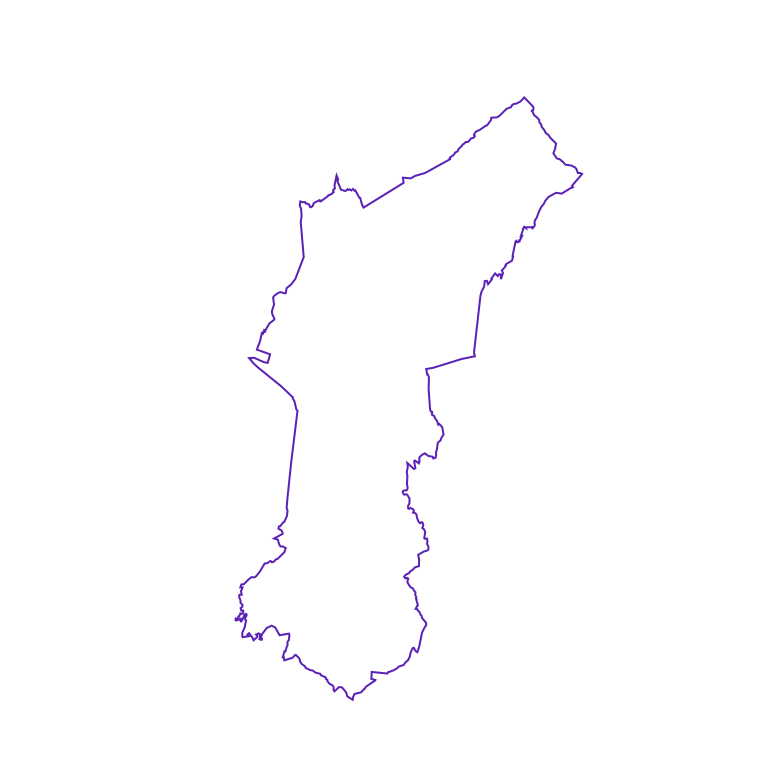 Acatlán, Hidalgo, Mexico (Equal Earth projection), rotated 195°
{"feature_id": "50627088B55512763165299", "entity_name": "Acatlán", "entity_type": "district", "adm_level": 2, "iso_a3": "MEX", "parent_name": "Mexico", "parent_adm1": "Hidalgo", "projection": "equal_earth", "projection_center": [-98.445, 20.205], "detail": "fine", "context": "isolated", "style": "outline", "palette": "violet", "viewbox_px": 768, "rotation_deg": 195, "n_neighbors": 0, "source": "geoboundaries", "source_scale": "gbopen_adm2", "svg_char_len": 6123}
<svg xmlns="http://www.w3.org/2000/svg" viewBox="0 0 768 768"><g transform="rotate(195 384 384)"><path d="M408.7,91.3L401.5,95.9L399.6,99.4L398.9,99.4L395.8,97.7L394.0,96.0L393.2,94.2L390.9,92.2L387.3,90.9L386.2,89.5L380.8,88.5L378.7,88.8L375.5,87.5L370.6,87.6L369.7,86.4L364.3,85.5L363.7,84.0L362.2,83.6L361.7,82.3L359.4,80.5L355.6,79.5L354.2,78.2L353.4,75.1L352.3,74.3L349.0,79.6L346.0,80.1L340.8,76.3L338.5,72.7L332.5,70.9L332.8,73.8L332.2,77.0L326.3,80.3L324.4,84.0L323.9,84.2L323.2,86.8L315.7,95.4L315.7,95.9L319.9,95.8L321.3,102.7L305.9,105.2L305.2,107.1L303.8,107.5L302.8,108.7L301.3,109.3L297.5,113.1L296.8,114.8L292.4,117.6L291.0,121.1L289.3,123.4L288.5,127.8L288.8,131.2L288.0,136.2L287.0,136.9L284.3,134.2L282.4,133.6L282.0,138.8L282.9,153.4L282.0,158.5L280.8,162.2L281.5,164.2L286.6,167.8L287.8,169.9L288.9,170.5L290.8,173.1L292.3,173.7L293.4,175.0L295.2,174.9L294.7,178.0L294.1,178.5L294.3,179.8L296.6,183.2L296.6,184.1L297.7,185.1L297.5,186.2L299.3,188.6L299.7,191.0L301.9,192.5L302.7,193.8L306.2,194.8L309.9,198.3L310.3,199.4L310.1,202.2L311.4,202.7L312.9,201.7L314.7,203.0L313.6,205.5L310.8,207.8L310.4,209.4L307.9,212.4L306.8,214.7L303.1,217.2L304.6,223.4L306.8,227.8L302.4,232.3L298.9,234.5L298.3,235.4L299.0,238.5L301.1,240.8L301.2,242.9L302.4,245.8L304.5,245.1L305.3,245.6L305.8,251.7L308.0,254.2L309.8,254.8L309.4,257.6L311.0,260.2L311.6,260.4L313.1,258.9L314.8,259.8L317.3,263.0L319.0,266.5L320.3,267.3L322.7,267.3L322.3,269.4L323.2,270.5L326.4,271.1L327.4,269.9L328.6,270.2L329.2,272.7L328.5,275.1L329.7,279.9L332.6,282.8L333.9,283.3L335.8,282.3L337.3,283.4L338.0,284.7L337.9,285.6L337.2,286.3L334.7,287.1L334.2,287.9L334.3,289.7L336.0,293.6L337.6,301.3L339.2,304.6L339.5,309.9L341.0,313.8L333.0,309.6L331.9,310.8L334.9,317.1L334.3,318.1L329.8,316.4L330.0,318.5L329.7,318.5L330.8,321.3L330.5,322.9L329.0,325.4L326.6,327.6L322.6,326.0L318.0,326.3L317.2,324.9L315.1,326.1L315.3,329.5L316.2,331.4L315.9,333.3L316.8,341.3L314.9,344.0L314.4,347.6L313.4,350.5L316.6,357.4L320.3,359.7L321.1,358.8L322.9,361.7L326.6,364.9L327.0,366.0L329.7,366.7L330.3,369.4L330.9,369.2L332.7,370.8L339.4,390.0L342.4,402.4L344.4,404.8L344.8,404.5L347.1,409.4L340.8,412.3L315.6,428.2L303.4,434.3L305.2,437.7L313.7,494.4L313.7,498.4L312.5,504.0L313.3,509.5L311.3,510.3L309.3,507.3L306.8,513.1L307.6,513.6L305.3,519.6L302.1,517.7L301.2,520.0L299.5,520.0L298.2,515.5L297.8,522.1L299.6,524.1L297.4,528.3L297.4,530.0L296.8,530.2L297.0,531.5L292.3,536.3L292.3,540.5L292.8,540.5L293.0,541.6L293.8,555.7L293.3,556.5L292.0,555.4L290.0,556.7L290.7,557.8L289.7,558.5L289.0,562.6L290.1,562.0L289.6,569.6L289.9,569.9L289.2,572.2L287.2,571.3L287.6,572.0L281.5,573.9L280.6,571.9L280.8,573.3L279.6,575.1L279.5,577.2L280.4,578.4L280.5,581.6L279.6,583.8L278.9,590.8L277.9,595.8L276.4,599.0L275.6,602.7L273.5,607.3L267.3,613.2L261.6,613.9L255.0,620.9L252.4,623.0L253.8,624.0L247.0,638.1L249.1,638.6L251.3,638.0L253.8,641.4L255.4,642.6L259.6,643.5L265.7,642.8L268.1,644.6L272.5,646.6L275.5,646.6L280.1,650.7L279.6,655.7L280.1,660.9L286.9,664.7L289.5,667.0L292.8,668.4L295.1,670.9L298.5,673.4L299.2,675.3L301.8,677.1L302.4,679.2L305.5,681.3L308.6,682.5L311.1,685.7L311.9,685.9L312.0,686.3L310.9,686.9L310.7,688.2L311.6,690.4L322.7,697.1L325.3,692.2L328.6,689.2L331.1,688.0L332.4,686.7L332.9,684.4L336.8,681.5L342.3,672.3L344.2,670.7L349.2,669.0L349.4,668.6L348.9,667.0L351.3,660.6L352.7,659.7L357.3,654.2L360.5,651.6L361.7,648.0L360.4,647.0L361.2,645.1L363.5,643.7L365.0,640.2L366.0,639.3L367.5,639.1L369.0,636.6L370.1,635.6L370.5,634.0L372.6,630.6L373.2,627.7L375.4,625.8L375.4,624.8L376.5,622.6L379.0,619.8L379.0,618.8L378.6,619.0L378.3,618.3L399.1,598.3L407.8,593.1L411.4,589.5L419.1,588.2L417.1,583.4L449.4,549.1L451.8,551.8L455.1,557.5L455.8,557.4L456.8,558.3L461.8,563.6L462.5,563.0L464.4,564.4L465.7,562.5L467.6,563.1L468.7,562.2L469.5,562.7L471.2,560.4L475.8,560.5L481.1,567.4L481.7,568.7L481.2,569.7L483.8,573.2L483.2,563.0L482.0,560.2L483.3,558.2L482.3,556.4L483.0,556.0L483.0,554.9L485.6,552.3L486.5,552.1L487.2,550.4L492.4,544.0L493.0,543.9L493.2,544.8L493.8,545.0L497.8,541.4L498.7,540.4L498.9,537.5L500.4,535.8L501.2,535.8L503.1,538.2L506.5,538.2L507.1,539.3L510.2,538.5L512.1,538.7L511.5,534.3L509.6,532.1L507.1,525.1L506.3,518.8L494.4,485.8L496.8,462.6L499.4,456.3L502.9,451.3L502.4,446.5L503.0,445.9L507.4,446.0L509.4,445.0L512.9,440.8L513.5,438.8L510.8,432.3L511.1,425.3L510.0,422.5L506.9,418.8L506.6,417.9L510.5,412.6L512.3,405.5L513.7,405.3L513.4,403.7L512.7,404.4L512.3,403.9L513.1,403.0L514.0,402.9L514.0,401.9L514.5,402.4L515.2,401.9L514.8,393.4L515.7,384.3L501.7,383.2L501.8,374.3L505.6,374.0L516.2,375.7L521.0,374.1L515.8,370.4L509.9,367.3L482.5,355.1L468.6,347.5L468.5,346.6L465.8,343.8L462.2,336.9L460.6,335.7L453.3,283.8L447.9,249.9L445.9,238.7L444.4,236.8L443.6,231.6L444.6,225.0L445.7,224.0L447.4,219.7L448.5,219.4L448.7,218.4L448.4,216.8L445.2,216.1L443.3,213.9L443.2,213.0L450.2,206.3L446.3,206.2L443.6,201.8L441.9,200.3L439.8,200.9L436.4,200.1L436.8,195.6L441.5,187.6L443.2,186.5L443.7,184.9L445.2,183.1L446.4,182.8L447.1,183.5L448.1,183.5L450.5,180.7L452.8,179.7L455.5,170.3L457.9,165.0L459.4,163.5L461.9,163.2L464.1,160.4L467.6,154.3L469.9,153.5L470.1,150.4L468.0,150.9L468.5,146.6L466.9,143.7L469.1,142.9L468.7,140.6L466.6,137.9L466.1,135.7L463.4,133.9L463.2,132.2L464.5,130.5L463.2,128.2L461.5,128.8L461.0,128.2L461.0,125.8L461.7,125.7L462.2,124.9L463.4,125.2L463.7,122.0L464.4,122.0L464.6,119.5L466.5,119.2L466.3,117.6L464.8,117.9L466.5,117.4L465.4,117.3L461.8,120.1L461.3,118.0L460.6,117.6L459.7,119.8L459.2,124.3L458.6,125.8L457.5,126.2L456.8,125.0L457.6,121.7L456.8,120.1L456.0,119.9L455.6,112.9L456.5,107.3L455.6,103.6L455.0,102.9L449.4,105.3L451.1,106.4L449.8,108.4L445.5,105.0L443.6,102.7L441.0,106.8L441.0,107.8L442.8,108.9L440.5,110.7L438.9,110.2L438.8,108.9L438.3,108.5L438.3,105.4L436.7,105.0L435.8,105.5L436.0,106.5L437.4,107.9L436.8,111.4L434.1,118.0L430.1,121.4L426.2,120.8L419.8,114.3L411.3,118.3L410.3,116.9L409.7,111.8L410.3,110.6L410.4,109.2L409.5,106.6L410.0,104.9L409.9,100.6L410.3,99.8L411.0,99.9L411.0,93.9L410.2,94.3L408.7,91.3Z" fill="none" stroke="#5b21b6" stroke-width="2"/></g></svg>